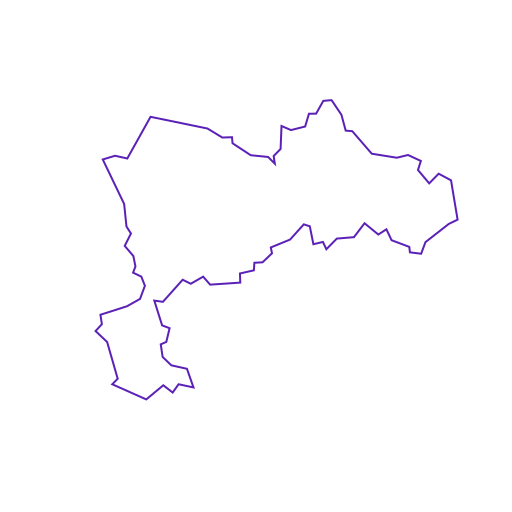 Perry, Kentucky, United States of America (Mercator projection), rotated 290°
{"feature_id": "52423323B29211296976241", "entity_name": "Perry", "entity_type": "district", "adm_level": 2, "iso_a3": "USA", "parent_name": "United States of America", "parent_adm1": "Kentucky", "projection": "mercator", "projection_center": [-83.253, 37.218], "detail": "fine", "context": "isolated", "style": "outline", "palette": "violet", "viewbox_px": 512, "rotation_deg": 290, "n_neighbors": 0, "source": "geoboundaries", "source_scale": "gbopen_adm2", "svg_char_len": 1264}
<svg xmlns="http://www.w3.org/2000/svg" viewBox="0 0 512 512"><g transform="rotate(290 256 256)"><path d="M111.1,242.2L126.4,229.7L124.3,213.8L129.2,202.8L140.4,196.7L144.6,201.1L158.6,199.5L158.7,191.5L179.3,175.7L181.1,184.2L208.6,195.2L207.6,204.2L218.5,213.4L213.4,222.7L225.6,250.3L234.1,246.9L241.8,258.9L249.1,256.8L252.3,264.3L264.0,270.1L269.1,267.0L283.1,282.4L302.1,290.1L302.3,296.4L286.7,305.9L292.1,314.1L286.4,319.8L300.0,326.0L307.2,341.6L323.9,346.8L318.0,363.6L325.7,369.4L317.2,378.0L317.0,396.9L312.1,399.4L314.6,410.4L327.0,410.5L352.1,426.2L359.1,433.0L393.8,413.4L395.8,399.5L383.5,393.9L392.2,378.8L401.7,378.4L402.9,364.3L396.5,354.7L391.7,329.8L406.2,303.8L404.5,297.4L417.9,288.0L428.3,273.7L424.8,266.2L410.3,263.8L407.8,257.1L394.5,257.9L386.3,245.8L386.9,235.5L365.0,242.5L356.0,238.4L349.2,242.1L353.2,233.5L348.9,216.6L353.9,195.4L359.4,192.8L355.8,183.8L359.2,166.8L350.7,109.3L303.6,101.7L302.0,89.3L294.3,79.0L259.8,114.3L239.4,124.2L234.4,130.8L220.6,129.2L214.0,140.8L204.9,146.3L198.3,146.2L197.4,155.3L190.0,161.8L176.0,161.7L164.6,151.9L147.6,129.9L139.2,134.5L130.6,130.9L124.3,145.5L93.4,168.0L86.3,164.8L83.7,201.9L102.8,213.1L99.2,224.4L109.0,227.1L111.1,242.2Z" fill="none" stroke="#5b21b6" stroke-width="2"/></g></svg>